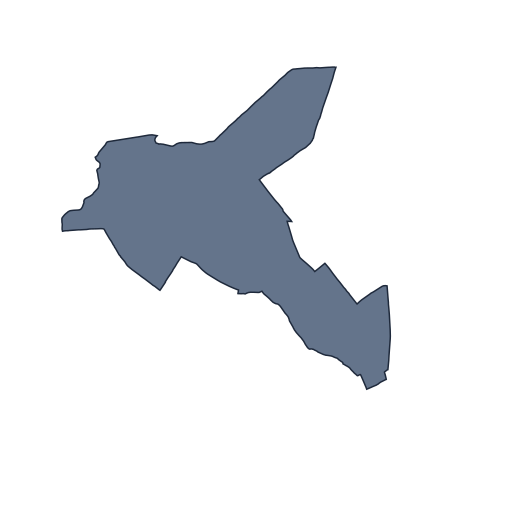 the district of Bang Kapi, Bangkok Metropolis, Thailand, rotated 152°
{"feature_id": "78962969B79450703987233", "entity_name": "Bang Kapi", "entity_type": "district", "adm_level": 2, "iso_a3": "THA", "parent_name": "Thailand", "parent_adm1": "Bangkok Metropolis", "projection": "orthographic", "projection_center": [100.64, 13.779], "detail": "fine", "context": "isolated", "style": "filled", "palette": "slate", "viewbox_px": 512, "rotation_deg": 152, "n_neighbors": 0, "source": "geoboundaries", "source_scale": "gbopen_adm2", "svg_char_len": 6108}
<svg xmlns="http://www.w3.org/2000/svg" viewBox="0 0 512 512"><g transform="rotate(152 256 256)"><path d="M356.9,270.8L355.5,271.5L348.8,275.1L348.2,275.5L348.2,275.8L342.9,278.8L342.6,278.9L340.1,280.2L339.7,280.4L336.3,282.3L335.9,282.8L332.3,284.7L329.1,286.7L322.4,290.4L319.5,286.3L316.0,281.4L313.7,278.9L312.6,277.6L312.2,277.0L311.9,276.2L311.5,274.7L310.4,270.5L309.8,268.7L308.8,266.2L308.3,264.9L307.1,262.5L304.3,257.7L301.3,252.6L299.5,249.7L293.8,241.8L291.0,238.3L289.0,235.9L287.4,234.2L289.6,231.3L289.2,231.0L288.4,230.6L286.9,229.7L284.6,228.6L283.4,227.6L281.2,227.5L279.8,227.3L277.4,226.4L277.0,226.1L274.6,224.8L271.9,223.2L270.5,222.4L269.6,222.3L267.3,222.1L267.0,219.7L266.7,218.5L265.6,215.9L264.8,213.8L264.0,211.5L263.8,210.5L262.7,207.2L261.8,205.8L260.7,204.4L259.7,203.7L259.3,203.3L258.5,201.6L258.1,199.9L257.1,191.6L256.7,190.3L256.4,188.8L256.2,187.6L256.2,186.7L256.4,185.0L256.9,183.0L256.9,182.4L256.8,180.0L256.8,179.5L256.7,175.6L256.8,174.8L256.7,174.1L256.8,173.0L256.3,169.4L255.3,165.2L254.6,162.8L253.9,158.2L253.9,154.6L253.7,153.2L253.6,151.9L253.4,150.6L253.1,149.9L252.9,149.3L252.5,148.7L252.2,148.5L251.8,148.4L251.4,148.2L250.8,148.0L250.1,147.5L250.0,147.3L249.6,147.0L249.3,146.8L249.0,146.4L248.9,146.3L248.8,146.0L248.2,145.1L247.6,144.4L247.3,143.9L246.8,143.2L246.4,142.1L245.2,140.6L243.1,137.9L242.8,137.5L242.0,136.7L240.9,135.6L239.8,134.9L237.4,133.1L236.5,132.4L235.9,131.8L235.5,131.3L235.3,131.2L234.9,130.5L233.5,128.8L232.7,128.1L232.1,127.2L231.7,125.6L231.3,125.1L230.7,123.7L230.2,122.7L230.0,122.4L229.5,121.4L229.5,121.2L229.5,120.8L229.6,120.5L229.8,120.1L229.8,119.8L228.9,118.6L228.4,117.6L227.1,115.7L226.3,114.3L225.8,113.1L225.6,112.2L225.6,111.7L225.2,110.1L224.5,107.9L224.3,106.9L223.9,105.8L223.4,104.7L222.8,102.9L222.5,102.6L222.1,102.5L219.8,102.5L219.6,102.4L219.4,102.0L219.5,100.1L220.1,92.9L220.3,90.8L220.5,88.3L220.8,86.4L216.2,86.0L214.4,85.9L210.2,85.5L209.6,85.6L208.1,85.6L206.9,85.9L205.2,86.1L200.4,86.0L199.4,86.0L199.3,85.9L198.9,85.9L198.5,87.3L197.7,90.3L197.3,92.5L197.1,93.2L197.0,93.3L193.6,93.8L192.9,94.0L192.8,93.9L187.8,101.5L185.4,105.5L176.4,119.8L175.0,122.2L172.2,127.8L165.8,141.6L163.3,147.4L161.6,151.5L160.9,152.8L159.7,155.7L154.3,168.1L155.7,169.1L156.4,169.4L157.6,169.9L159.1,170.0L169.1,169.2L172.3,169.2L173.5,168.9L183.1,167.7L186.0,167.1L189.3,166.2L189.4,166.4L191.5,178.1L191.5,179.3L192.4,182.4L192.6,184.6L193.4,187.5L193.5,188.5L194.3,193.2L195.3,198.0L195.5,199.5L196.4,204.8L196.9,208.7L197.3,211.3L198.1,215.1L198.6,217.2L206.0,215.7L211.4,214.7L212.0,217.5L212.6,219.4L214.7,225.2L216.9,230.8L217.8,233.4L218.0,234.1L216.5,250.2L216.2,252.7L215.3,256.8L213.5,265.6L212.9,269.1L212.2,272.0L208.3,269.7L208.5,271.7L210.4,280.0L211.0,282.8L210.6,284.4L210.6,285.2L211.9,292.1L212.5,294.2L213.2,297.3L215.1,307.7L215.5,310.4L215.8,312.2L216.6,317.2L217.3,321.8L216.7,321.9L212.2,322.9L208.7,323.1L206.1,323.2L205.9,322.9L203.8,323.0L203.6,323.1L203.6,323.3L197.7,324.1L196.6,324.4L189.9,325.0L188.1,325.3L186.6,325.5L182.7,325.7L178.3,326.2L176.1,326.6L175.2,327.0L171.6,327.6L171.4,327.8L169.8,327.9L168.4,328.2L164.9,328.4L161.3,328.5L155.6,330.0L155.3,330.0L155.0,330.2L154.8,330.3L152.0,331.7L150.9,332.7L150.0,333.1L149.1,334.2L147.4,336.1L146.1,337.7L142.0,341.9L139.6,344.1L137.1,346.5L136.8,346.7L135.2,347.6L133.5,349.2L131.9,351.0L130.5,352.3L127.6,355.4L119.2,363.2L115.5,366.5L109.4,372.5L104.9,376.8L103.0,378.9L100.5,381.6L96.8,385.1L97.8,385.6L97.9,385.9L99.6,386.8L101.8,387.8L104.3,389.0L108.1,390.7L109.5,391.3L111.3,392.1L114.1,393.9L117.6,395.3L122.9,398.1L123.3,398.3L124.9,399.1L129.5,401.0L131.8,402.0L133.6,402.7L134.9,403.3L135.7,403.6L136.8,403.7L138.0,403.6L141.4,403.2L142.6,402.9L145.6,401.9L147.7,401.5L152.1,400.6L153.6,400.2L154.5,399.8L163.3,397.2L165.6,396.8L169.2,395.8L174.1,394.2L176.1,393.9L178.2,393.3L184.5,392.0L189.2,390.6L190.0,390.4L191.2,390.0L195.7,388.6L202.4,387.4L205.4,386.4L207.7,386.0L209.3,385.4L211.1,384.9L219.6,383.0L221.9,382.0L227.8,380.3L228.4,380.1L231.5,379.4L232.1,379.1L238.6,377.1L239.1,377.1L240.9,377.6L243.8,379.0L244.2,379.1L248.3,379.5L250.8,380.1L251.9,380.5L253.2,381.2L255.7,382.9L259.4,386.4L263.9,388.7L267.6,390.6L268.8,391.2L270.7,391.9L273.2,392.3L273.6,392.3L275.5,392.1L276.1,392.0L277.2,392.0L278.3,392.2L278.9,392.6L279.6,393.1L285.4,398.2L288.2,400.1L289.2,400.3L289.3,400.7L290.5,402.0L291.2,402.6L291.1,405.3L291.0,405.7L290.7,406.2L289.9,407.1L289.1,407.7L288.3,408.1L287.3,408.4L286.8,408.6L290.5,411.5L291.4,412.0L293.6,413.0L302.4,415.9L304.3,416.5L305.3,416.9L332.9,426.4L334.2,426.5L334.9,426.2L336.9,424.9L344.7,421.8L345.5,421.5L346.8,420.7L347.9,419.7L348.8,419.3L349.8,418.9L351.6,418.7L351.9,416.2L351.7,415.3L351.0,413.7L350.6,412.9L350.4,412.3L350.3,411.7L350.3,411.0L350.4,410.4L352.0,408.0L352.4,407.5L352.9,407.3L354.9,407.2L355.3,407.1L355.8,406.8L356.4,406.2L357.2,402.8L357.9,401.0L358.9,398.1L359.9,394.5L360.8,393.2L361.5,392.6L362.5,391.2L363.4,390.3L363.8,390.0L367.8,388.6L369.4,388.1L370.2,387.7L371.3,387.1L372.7,386.9L374.4,386.7L378.5,386.8L379.7,386.8L380.0,386.7L380.9,386.4L381.5,386.0L382.3,385.2L382.8,383.9L386.3,380.8L387.3,380.2L388.1,379.8L388.8,379.6L389.5,379.6L390.4,379.7L391.9,380.3L395.8,382.1L398.7,383.2L399.4,383.3L401.1,383.3L402.3,383.0L403.1,382.9L405.2,382.4L406.3,382.0L407.5,381.5L408.9,380.9L409.5,380.5L410.0,379.9L411.5,376.9L411.8,375.9L412.3,374.7L414.1,371.7L414.7,370.5L415.2,368.7L413.3,368.1L411.9,367.5L409.9,366.5L409.0,366.2L399.9,362.2L399.3,361.8L394.3,359.5L393.0,358.9L390.6,358.1L388.9,357.3L383.1,354.4L380.1,353.0L378.2,351.8L377.7,351.2L377.5,350.8L377.5,350.5L377.5,346.7L377.2,340.0L377.0,338.5L376.8,336.3L376.8,335.0L376.8,333.0L376.6,331.9L376.6,331.3L376.7,330.0L376.6,329.4L376.5,328.6L376.3,321.4L376.1,320.5L375.9,320.2L375.8,319.5L375.9,319.4L375.9,318.5L375.7,318.2L375.4,316.4L375.1,315.3L374.5,312.3L374.3,309.2L374.0,307.6L373.3,305.8L371.8,302.2L367.8,293.9L366.8,291.6L364.8,287.6L361.5,280.4L360.7,278.5L359.6,276.7L357.5,271.9L356.9,270.8Z" fill="#64748b" stroke="#1e293b" stroke-width="1.5"/></g></svg>